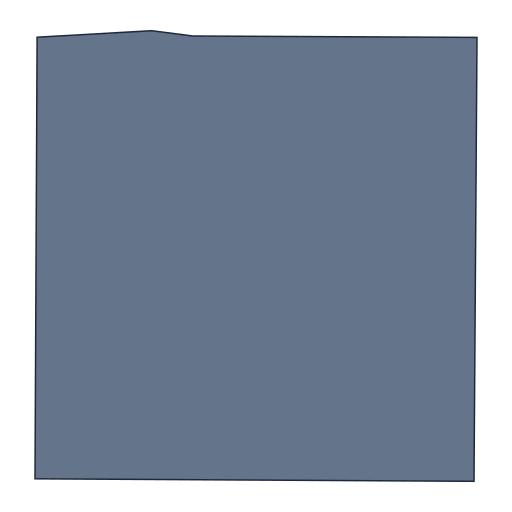 outline of Scurry, Texas, United States of America
{"feature_id": "52423323B97167662457996", "entity_name": "Scurry", "entity_type": "district", "adm_level": 2, "iso_a3": "USA", "parent_name": "United States of America", "parent_adm1": "Texas", "projection": "orthographic", "projection_center": [-100.907, 32.748], "detail": "fine", "context": "isolated", "style": "filled", "palette": "slate", "viewbox_px": 512, "rotation_deg": 0, "n_neighbors": 0, "source": "geoboundaries", "source_scale": "gbopen_adm2", "svg_char_len": 209}
<svg xmlns="http://www.w3.org/2000/svg" viewBox="0 0 512 512"><path d="M477.0,37.4L192.8,36.0L151.6,30.7L37.1,37.2L35.0,478.8L474.0,481.3L477.0,37.4Z" fill="#64748b" stroke="#1e293b" stroke-width="1.5"/></svg>